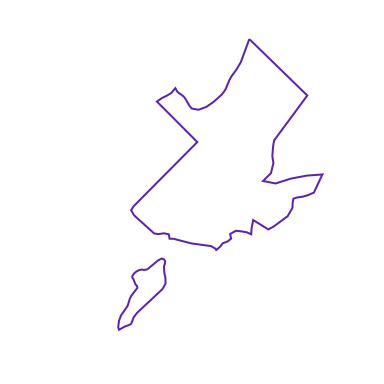 the Province of Davao del Norte, rotated 44°
{"feature_id": "PHL-2591", "entity_name": "Davao del Norte", "entity_type": "Province", "adm_level": 1, "iso_a3": "PHL", "parent_name": "Philippines", "parent_adm1": "", "projection": "albers", "projection_center": [125.674, 7.446], "detail": "fine", "context": "isolated", "style": "outline", "palette": "violet", "viewbox_px": 384, "rotation_deg": 44, "n_neighbors": 0, "source": "natural_earth", "source_scale": "10m", "svg_char_len": 1463}
<svg xmlns="http://www.w3.org/2000/svg" viewBox="0 0 384 384"><g transform="rotate(44 192 192)"><path d="M249.7,216.9L248.3,216.5L243.3,217.7L227.1,229.5L211.2,238.5L208.3,241.2L204.7,238.6L200.6,241.1L197.0,245.7L193.5,248.1L166.6,249.0L160.9,247.4L159.9,243.0L161.1,152.4L103.9,151.3L105.2,145.0L107.0,140.1L108.3,135.2L107.9,128.9L111.5,130.0L114.2,129.9L116.8,129.4L119.8,129.1L123.2,129.7L130.8,131.9L133.9,132.1L139.6,128.3L143.2,120.8L144.9,112.3L145.7,101.7L145.4,98.1L144.7,94.5L141.2,85.7L140.1,81.7L138.8,72.6L136.9,64.6L127.0,42.2L126.9,42.2L207.9,42.5L215.2,97.6L217.1,100.7L219.4,103.8L224.9,110.4L230.5,114.7L235.7,123.6L235.5,134.7L246.2,127.8L253.7,113.9L263.0,100.7L273.6,88.8L280.1,107.7L277.7,113.6L274.5,119.0L271.5,122.8L269.6,126.4L272.1,130.1L275.2,133.5L277.6,142.9L274.7,160.3L272.9,165.9L255.5,169.7L260.2,176.9L264.0,181.3L259.3,183.0L254.8,186.1L250.5,189.4L248.6,195.7L252.5,198.4L252.0,202.8L249.7,207.6L250.2,211.3L250.0,214.8L249.7,216.9ZM239.1,327.1L239.8,329.5L238.7,332.4L237.1,335.5L235.2,341.8L232.8,340.5L229.0,335.4L226.7,330.2L224.8,318.7L221.3,311.7L220.4,308.8L219.3,298.9L217.8,297.8L215.5,297.7L210.2,295.3L208.6,295.0L207.5,294.0L206.9,290.8L207.2,287.9L208.3,284.8L209.9,282.5L211.6,281.5L213.6,278.6L215.1,265.0L216.3,261.0L218.8,259.9L220.9,260.6L222.4,262.5L223.4,264.9L227.9,269.1L232.7,272.4L236.6,276.3L238.2,282.4L236.4,317.2L237.2,323.1L239.1,327.1Z" fill="none" stroke="#5b21b6" stroke-width="2"/></g></svg>